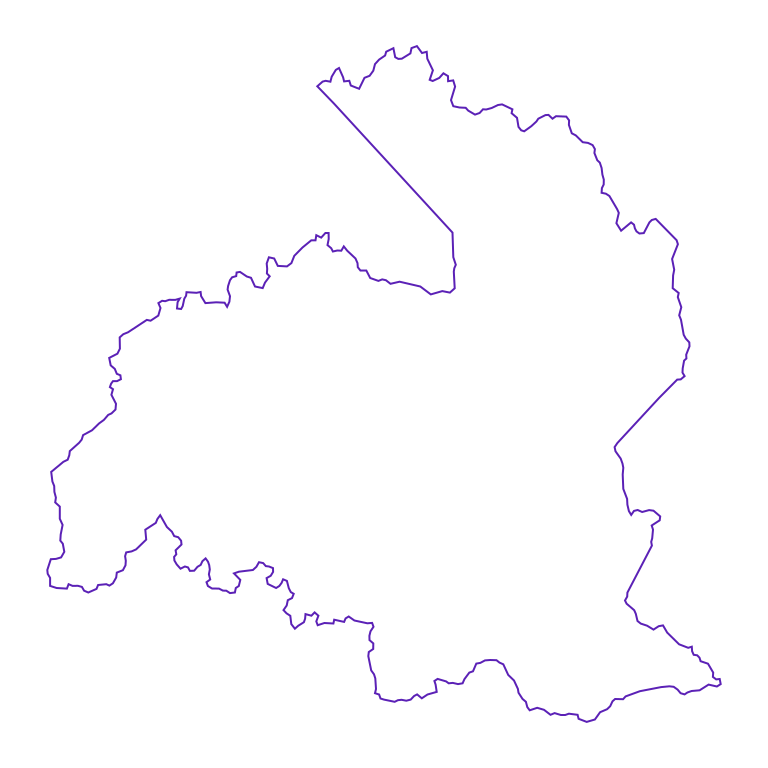 Ecoporanga, Espírito Santo, Brazil
{"feature_id": "56859067B32250537499863", "entity_name": "Ecoporanga", "entity_type": "district", "adm_level": 2, "iso_a3": "BRA", "parent_name": "Brazil", "parent_adm1": "Espírito Santo", "projection": "robinson", "projection_center": [-40.825, -18.235], "detail": "fine", "context": "isolated", "style": "outline", "palette": "violet", "viewbox_px": 768, "rotation_deg": 0, "n_neighbors": 0, "source": "geoboundaries", "source_scale": "gbopen_adm2", "svg_char_len": 6049}
<svg xmlns="http://www.w3.org/2000/svg" viewBox="0 0 768 768"><path d="M66.9,588.6L68.6,584.2L72.6,585.9L77.9,585.8L81.9,586.9L84.1,590.7L88.3,592.5L96.5,588.9L98.1,585.0L106.3,584.2L109.4,585.6L112.9,583.3L116.2,577.5L116.8,572.6L122.9,570.2L125.5,565.3L125.8,560.8L125.1,556.2L126.2,552.4L131.6,551.4L136.1,549.4L146.2,539.6L145.3,529.7L155.8,522.9L157.4,519.0L160.2,515.2L166.9,527.0L171.9,531.7L174.2,536.1L178.2,537.2L181.1,540.7L181.5,544.5L175.6,550.3L176.3,554.3L174.1,556.9L174.4,560.5L176.7,564.4L180.5,568.7L184.9,566.5L188.0,567.4L189.9,570.9L194.2,570.7L197.5,566.8L200.7,564.9L202.4,561.2L205.6,558.4L208.0,561.7L209.2,565.1L209.8,569.5L208.9,574.3L210.2,579.5L206.5,582.2L207.9,586.0L212.0,588.5L219.0,588.6L222.9,590.6L226.3,590.7L230.0,593.1L234.9,592.5L235.8,588.0L238.8,586.0L240.3,579.9L234.0,573.4L238.9,571.7L252.9,570.0L256.4,566.8L259.0,562.2L263.2,563.1L265.8,566.1L269.0,566.5L273.0,568.1L273.1,571.9L270.7,575.8L266.6,578.1L267.7,583.9L276.1,588.0L279.3,586.0L281.6,582.9L283.1,579.3L286.9,580.9L288.8,588.2L290.8,592.1L293.7,593.8L292.0,598.1L287.8,600.2L286.7,605.5L283.5,610.1L286.5,613.3L290.3,615.8L291.3,624.1L294.9,628.7L298.3,625.7L303.9,622.2L305.1,618.7L305.5,614.1L311.4,615.7L314.6,612.4L318.4,615.7L316.3,621.4L317.7,625.2L324.4,623.0L333.4,623.5L334.2,619.7L344.1,621.9L345.6,618.4L348.7,616.5L354.4,620.5L367.4,623.3L372.1,622.9L373.5,626.8L370.5,631.3L369.4,635.8L369.5,640.1L373.3,643.4L373.2,649.0L368.8,652.0L368.3,656.1L371.2,670.4L374.0,674.3L375.3,678.4L376.0,689.0L375.0,693.2L379.1,694.5L380.5,698.5L384.0,699.6L394.7,701.8L397.9,700.2L401.6,699.8L406.3,700.7L410.7,699.6L414.1,696.0L417.1,694.4L421.8,698.3L427.5,694.5L436.7,691.9L435.6,684.6L434.4,681.0L437.6,678.9L446.1,681.4L448.7,683.3L452.8,682.9L458.0,684.1L462.6,683.3L464.4,679.2L469.3,672.6L473.0,671.3L476.3,663.6L480.3,662.9L485.0,660.4L490.2,660.0L496.5,660.2L499.5,662.6L503.3,664.3L508.2,674.9L514.0,680.5L517.9,688.9L518.5,692.7L522.5,698.9L525.9,701.8L527.3,707.1L529.7,710.3L537.2,707.8L544.0,709.8L550.5,714.8L554.6,713.1L560.9,715.0L565.2,715.0L568.9,713.7L577.6,714.8L578.6,718.8L586.7,721.9L594.9,719.5L600.1,712.2L607.1,709.2L610.2,706.2L612.5,701.3L615.1,699.0L623.1,699.2L625.6,696.4L639.9,691.2L661.1,687.1L669.4,686.3L673.7,686.8L677.6,689.6L680.6,693.2L684.6,694.4L687.4,692.5L691.6,691.0L699.6,690.3L708.6,684.6L716.9,686.5L720.7,684.1L719.7,679.0L716.2,679.4L712.9,676.9L713.2,672.6L708.0,663.7L700.6,661.2L699.5,657.7L697.2,655.3L693.7,654.8L692.1,651.2L691.8,646.7L688.2,647.8L679.1,644.3L667.2,632.6L663.0,625.4L658.7,626.2L653.5,629.6L647.1,625.7L640.8,623.6L637.5,621.0L635.8,613.8L634.2,610.2L626.6,603.7L625.0,600.5L627.2,596.6L627.4,592.6L651.9,545.6L651.2,541.9L652.2,538.3L653.0,529.6L651.7,525.5L659.7,520.3L660.2,516.4L653.5,510.7L649.1,510.1L642.1,512.0L637.7,510.0L634.0,510.9L631.2,514.9L628.9,511.1L627.4,504.7L627.1,498.9L623.3,488.9L622.7,474.5L623.3,467.8L622.5,463.6L620.7,458.6L615.5,451.3L614.6,447.1L617.4,443.0L659.1,397.9L677.2,379.6L680.7,379.4L684.6,376.1L682.5,372.6L682.7,368.4L684.1,360.6L686.4,358.5L686.2,354.7L689.5,346.3L689.3,342.4L685.8,338.6L683.7,334.8L681.0,319.8L679.2,315.3L681.3,307.2L677.8,297.1L678.7,293.0L672.7,288.2L673.1,275.5L674.2,269.7L672.1,259.0L677.9,244.2L676.6,240.2L655.7,218.9L651.8,220.0L649.4,222.4L643.8,233.1L639.4,233.5L636.5,231.4L634.9,228.4L634.0,224.7L631.1,222.4L621.1,230.7L616.4,223.2L618.8,212.9L617.1,209.1L609.4,196.0L605.9,193.7L601.6,192.8L601.9,188.1L603.7,184.5L603.8,179.6L602.4,174.6L601.6,168.0L599.8,162.6L597.3,160.3L594.4,153.0L594.9,149.1L592.6,145.1L588.0,142.9L582.7,142.2L575.8,135.4L571.8,133.3L568.9,124.9L569.1,120.4L566.3,116.6L556.0,116.2L552.5,118.7L548.5,114.9L545.4,115.1L538.3,118.7L536.4,121.5L531.3,126.2L524.2,131.3L521.2,130.3L518.5,126.9L517.0,117.8L511.6,113.2L512.4,109.3L502.1,104.4L498.0,105.0L491.7,108.0L486.2,109.5L483.0,109.3L479.6,113.0L475.0,114.6L468.2,110.6L465.7,107.8L459.5,107.5L453.3,106.2L451.0,100.1L455.1,86.6L453.2,80.4L448.1,81.2L448.0,76.1L443.4,73.3L439.3,77.9L432.7,81.0L429.7,79.8L432.9,70.3L427.3,58.7L426.7,51.8L422.0,53.0L416.9,46.1L411.5,48.1L410.4,53.4L401.8,58.7L398.3,58.9L395.2,57.2L393.4,48.2L386.2,51.7L385.1,55.5L379.1,59.6L375.0,64.1L373.3,70.7L369.6,75.8L364.5,77.8L359.1,88.8L350.8,85.5L349.3,80.8L344.1,81.4L343.1,77.3L339.0,68.0L335.8,69.9L331.7,76.7L330.4,81.7L325.6,80.8L322.6,81.6L317.3,86.3L334.1,103.7L452.5,232.6L453.3,257.2L455.8,264.8L454.3,268.2L453.8,271.6L454.7,288.3L449.9,292.6L442.3,291.1L430.8,294.4L420.3,286.5L399.6,281.7L390.5,283.8L385.9,280.2L382.2,279.4L378.4,280.9L370.2,278.0L366.3,270.5L360.4,270.5L357.8,267.2L357.5,263.1L355.5,258.5L347.2,250.7L343.8,246.4L341.3,250.7L337.3,250.5L332.9,251.5L331.2,248.2L327.5,245.1L328.7,239.0L328.6,233.0L325.4,233.0L321.2,237.6L316.3,235.2L315.5,240.3L311.3,240.3L302.5,247.5L294.3,255.8L291.4,263.1L287.0,266.4L277.8,265.9L274.2,258.5L268.9,257.3L266.7,263.5L267.2,268.8L266.9,273.5L269.7,276.3L265.0,282.6L262.7,288.1L255.0,286.5L251.0,277.8L246.8,276.5L240.0,271.9L236.6,272.5L236.2,276.1L232.1,277.3L230.0,280.2L228.1,286.0L227.6,289.6L230.0,296.2L229.4,301.7L227.1,306.8L224.6,302.7L216.2,302.3L205.4,303.1L201.1,296.1L200.6,292.0L196.5,292.8L186.5,292.2L186.1,295.7L184.3,298.7L182.7,306.1L181.1,309.0L177.0,308.5L177.6,302.2L179.7,298.6L175.2,299.9L169.2,299.8L165.2,301.2L162.1,300.8L158.4,303.1L160.5,308.0L158.3,315.6L150.6,320.7L146.8,319.9L128.0,332.3L123.3,334.2L119.7,337.4L119.9,348.7L117.4,353.7L109.2,357.9L110.7,365.4L114.8,368.9L116.8,373.8L120.4,375.3L120.9,379.2L117.1,381.1L113.0,381.1L111.1,383.7L109.9,387.1L113.0,389.2L111.4,394.8L116.0,403.8L115.5,409.5L111.5,413.4L108.2,414.9L103.9,419.9L99.1,423.4L92.0,430.3L83.1,435.1L81.7,439.6L79.1,442.8L69.8,451.1L69.3,455.2L67.7,459.7L63.4,461.8L51.2,471.9L52.4,481.5L54.2,486.0L54.4,491.9L55.9,497.6L55.2,502.4L59.8,506.6L59.8,518.8L62.6,524.9L60.7,534.5L60.3,540.6L62.8,543.7L64.3,551.8L61.1,557.4L56.0,558.9L50.8,559.2L47.3,570.0L47.7,573.8L50.1,577.9L50.1,585.9L56.6,588.0L66.9,588.6Z" fill="none" stroke="#5b21b6" stroke-width="2"/></svg>